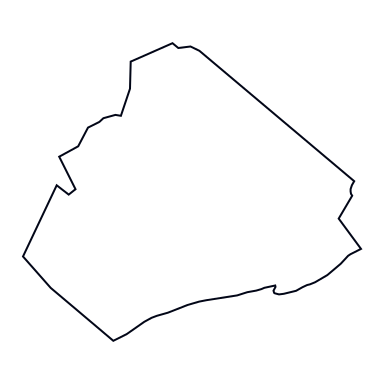 the district of Mercer, West Virginia, United States of America
{"feature_id": "52423323B88049032816505", "entity_name": "Mercer", "entity_type": "district", "adm_level": 2, "iso_a3": "USA", "parent_name": "United States of America", "parent_adm1": "West Virginia", "projection": "natural_earth1", "projection_center": [-81.073, 37.416], "detail": "fine", "context": "isolated", "style": "outline", "palette": "ink", "viewbox_px": 384, "rotation_deg": 0, "n_neighbors": 0, "source": "geoboundaries", "source_scale": "gbopen_adm2", "svg_char_len": 806}
<svg xmlns="http://www.w3.org/2000/svg" viewBox="0 0 384 384"><path d="M23.0,256.5L50.7,287.9L80.8,313.3L113.3,340.8L126.7,334.1L144.3,321.8L151.6,317.8L156.9,315.8L167.9,312.7L187.5,305.0L199.2,301.6L206.4,300.2L237.2,295.4L247.3,292.2L256.2,290.6L261.4,289.1L264.4,287.8L275.2,285.5L275.5,286.9L273.5,290.7L274.1,292.8L274.8,293.3L279.0,294.4L283.8,293.8L296.1,290.8L302.5,287.2L307.2,285.0L309.8,284.4L315.0,282.3L327.3,275.1L340.8,263.7L348.1,255.8L350.5,254.2L361.0,248.9L338.7,218.6L352.2,195.7L351.0,193.8L350.6,191.5L350.6,189.1L351.9,185.2L354.2,181.2L199.4,50.8L190.5,46.5L178.3,48.0L172.5,43.2L130.7,61.6L130.0,88.7L120.9,115.8L115.4,114.9L103.4,118.2L99.4,121.9L88.0,127.6L78.2,146.3L59.2,156.7L75.5,189.2L68.7,194.6L56.7,185.3L23.0,256.5Z" fill="none" stroke="#020617" stroke-width="2"/></svg>